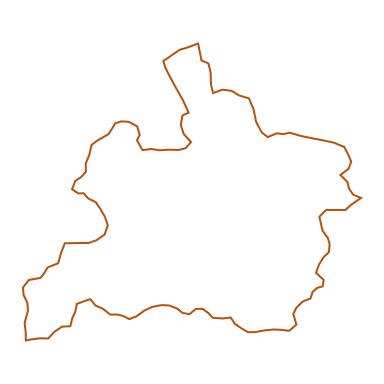 outline of Jaguariúna, São Paulo, Brazil
{"feature_id": "56859067B42434816629938", "entity_name": "Jaguariúna", "entity_type": "district", "adm_level": 2, "iso_a3": "BRA", "parent_name": "Brazil", "parent_adm1": "São Paulo", "projection": "albers", "projection_center": [-47.018, -22.68], "detail": "fine", "context": "isolated", "style": "outline", "palette": "amber", "viewbox_px": 384, "rotation_deg": 0, "n_neighbors": 0, "source": "geoboundaries", "source_scale": "gbopen_adm2", "svg_char_len": 1917}
<svg xmlns="http://www.w3.org/2000/svg" viewBox="0 0 384 384"><path d="M310.5,298.5L312.6,291.9L317.2,287.9L322.7,286.3L323.7,280.0L316.0,272.8L319.1,264.3L323.9,256.9L329.0,252.0L329.6,243.9L327.8,237.9L322.5,230.7L319.4,216.7L326.2,209.9L332.0,210.0L338.1,209.9L345.3,210.1L350.8,205.0L361.0,198.0L353.3,194.7L349.2,189.0L347.4,182.0L340.4,175.0L348.6,168.7L351.2,161.7L348.4,155.0L344.3,147.0L333.9,142.7L321.6,140.0L314.8,138.8L308.1,137.4L302.3,136.3L289.6,132.7L283.5,134.1L276.8,133.3L267.8,137.1L262.0,132.7L258.6,126.7L255.9,121.1L253.7,109.7L249.0,98.4L239.0,95.4L231.6,90.8L222.1,89.7L213.1,93.1L211.0,84.8L210.6,72.3L208.4,63.4L201.5,60.5L198.1,43.5L187.8,47.4L179.7,49.8L173.2,54.2L163.3,61.1L165.6,68.2L168.9,74.7L174.8,85.8L182.9,100.1L188.6,112.7L182.5,115.4L180.8,125.0L183.7,134.0L191.0,142.0L185.8,148.1L179.3,149.9L168.0,149.7L159.6,150.3L151.3,149.0L142.5,150.1L137.0,140.3L139.7,135.0L137.2,126.3L128.6,121.8L121.3,121.4L115.2,123.3L112.0,128.7L108.6,134.1L96.6,141.0L91.5,145.0L89.3,155.0L85.8,163.3L85.8,171.8L81.3,176.9L75.2,181.0L72.1,189.3L78.2,193.4L83.8,193.3L88.1,198.4L95.8,202.2L100.0,208.3L105.0,217.0L107.8,225.3L104.6,234.5L96.4,240.3L88.4,243.0L80.1,243.0L64.8,243.3L61.1,252.9L58.2,263.2L47.6,267.5L44.2,273.2L40.5,277.9L28.8,280.0L23.0,287.5L23.5,294.7L27.4,303.0L28.0,310.6L24.6,322.9L25.7,332.2L25.8,340.5L32.5,339.2L39.6,338.3L48.2,338.5L54.3,331.9L62.1,326.6L70.3,326.2L72.4,317.9L75.2,312.2L76.8,304.0L84.8,300.9L90.3,299.2L95.5,305.5L103.1,308.9L110.2,314.6L117.2,314.5L123.1,315.9L129.2,319.1L136.6,316.3L144.6,310.4L152.5,306.8L161.8,305.1L169.4,305.5L177.2,308.6L182.5,312.9L189.5,314.2L195.9,308.9L202.7,308.9L208.5,313.2L212.9,317.8L222.9,318.5L230.6,317.5L234.9,323.8L241.7,328.5L248.2,332.2L255.1,332.1L264.4,330.4L273.6,329.5L280.9,329.8L289.2,330.8L296.4,324.6L293.3,313.8L296.3,307.9L302.7,301.5L310.5,298.5Z" fill="none" stroke="#b45309" stroke-width="2"/></svg>